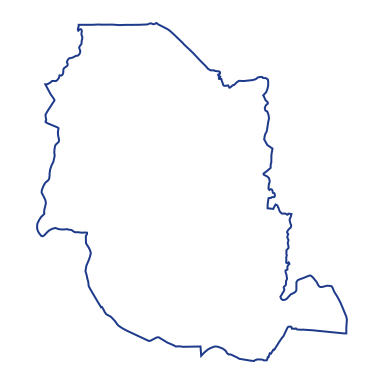 the district of Chau Thanh, Tây Ninh, Vietnam
{"feature_id": "81297802B30323481145094", "entity_name": "Chau Thanh", "entity_type": "district", "adm_level": 2, "iso_a3": "VNM", "parent_name": "Vietnam", "parent_adm1": "Tây Ninh", "projection": "robinson", "projection_center": [106.01, 11.316], "detail": "fine", "context": "isolated", "style": "outline", "palette": "blue", "viewbox_px": 384, "rotation_deg": 0, "n_neighbors": 0, "source": "geoboundaries", "source_scale": "gbopen_adm2", "svg_char_len": 5826}
<svg xmlns="http://www.w3.org/2000/svg" viewBox="0 0 384 384"><path d="M346.3,333.4L346.3,327.8L346.9,319.3L346.2,316.4L342.2,306.7L340.3,302.3L337.7,297.3L334.2,291.7L332.7,288.0L331.7,286.4L330.7,286.0L327.2,285.7L322.0,287.0L320.4,287.0L319.2,286.4L318.4,285.4L316.5,281.8L312.6,277.1L310.9,275.7L310.0,275.5L308.9,275.7L304.4,277.6L299.0,279.6L298.1,280.0L297.5,280.5L296.4,282.3L296.4,289.6L296.3,290.3L296.0,291.0L295.1,292.1L293.9,292.9L290.7,294.4L287.0,298.5L286.1,299.2L284.7,299.8L283.1,300.0L282.4,299.8L281.5,299.2L280.5,297.1L280.4,296.7L281.6,294.9L282.6,292.9L283.3,292.1L284.2,290.3L284.3,289.2L283.7,287.6L283.8,286.9L285.3,285.6L285.9,284.7L286.1,280.7L286.9,279.4L287.0,278.5L286.4,274.6L285.6,272.1L285.5,270.8L285.6,270.4L285.9,270.2L287.4,269.6L287.5,269.2L287.3,267.6L287.6,266.1L288.1,265.2L289.4,264.0L289.1,262.9L288.6,262.3L287.7,262.9L286.9,263.1L286.4,262.9L286.1,261.8L286.4,260.4L286.2,257.6L286.8,255.3L286.3,253.8L286.5,252.0L286.4,250.5L286.7,249.9L288.2,248.4L288.5,247.8L288.5,247.0L288.4,245.9L287.8,243.7L287.9,242.2L288.4,240.7L288.4,240.0L288.2,239.2L287.3,237.6L287.3,237.0L287.5,235.9L288.1,234.6L288.2,233.9L287.3,233.0L287.1,232.3L287.3,231.4L288.2,230.0L289.4,228.6L290.7,227.6L291.2,225.8L291.2,225.2L290.4,223.6L290.0,221.7L289.7,220.8L289.6,219.5L290.7,216.9L291.5,214.1L290.3,213.8L288.3,213.7L287.7,214.6L287.2,214.7L285.2,213.5L282.1,213.6L281.6,213.4L279.8,211.5L278.9,209.2L278.5,207.7L277.9,207.1L277.6,205.8L276.9,205.1L275.6,204.5L273.9,207.5L273.3,208.9L267.6,208.3L267.6,204.9L268.5,198.2L269.0,198.0L270.8,198.0L271.7,197.2L274.1,197.1L274.7,196.4L274.9,195.7L274.6,193.7L274.3,193.2L273.0,192.9L272.7,192.3L272.5,190.6L271.7,189.5L271.0,189.2L270.2,189.3L269.4,190.0L268.6,189.0L268.5,188.4L268.9,183.9L269.5,182.5L269.7,180.9L268.9,178.0L267.1,176.4L263.9,174.8L263.5,174.0L263.6,173.5L266.6,171.3L270.7,167.8L270.6,165.5L270.9,163.4L271.2,163.0L271.3,162.4L271.4,154.9L272.5,148.6L267.3,145.0L264.1,139.2L264.4,138.7L264.6,136.4L265.0,135.0L265.6,133.3L266.1,132.7L266.7,131.3L267.0,130.0L268.2,122.0L269.0,118.6L268.6,115.2L267.4,111.8L267.2,111.4L266.2,111.1L265.3,110.3L264.8,108.5L264.9,107.6L265.6,105.8L266.7,104.4L267.6,103.9L267.9,103.1L267.8,102.6L267.6,102.1L265.6,100.3L263.8,96.3L263.2,95.4L265.8,92.6L266.3,91.9L267.3,89.3L267.9,86.9L268.2,85.2L268.2,81.9L267.9,79.6L266.9,78.8L265.7,78.1L263.1,78.0L262.4,77.2L261.9,76.9L258.8,77.2L257.5,77.7L256.2,78.8L255.1,79.4L252.4,80.1L244.2,81.0L241.8,81.0L239.7,80.8L238.6,81.0L236.6,82.5L234.3,84.8L232.9,85.2L230.1,87.5L229.4,87.7L228.1,85.4L225.1,85.9L223.7,85.6L223.1,84.7L222.6,82.8L221.9,81.2L221.4,79.0L221.0,78.9L219.1,79.0L218.9,78.7L219.2,78.0L218.9,77.5L219.0,77.3L220.2,77.1L220.3,76.7L219.9,76.3L218.3,75.5L218.1,74.8L218.5,74.3L219.4,74.1L220.0,73.4L220.0,72.5L219.7,71.8L219.0,71.4L215.1,71.0L214.2,70.4L210.5,70.3L208.0,68.8L205.8,66.2L199.9,60.3L193.2,53.1L184.2,44.6L182.7,42.9L174.4,34.9L170.0,30.9L167.6,29.2L158.4,24.5L156.5,23.0L156.1,23.1L154.9,23.9L153.6,24.2L152.8,24.1L151.3,23.4L150.8,23.4L149.8,23.5L147.5,24.4L146.3,24.5L138.8,24.8L124.6,24.9L119.4,25.1L112.4,24.6L102.4,24.7L98.1,24.5L92.7,24.8L78.7,24.8L78.7,26.2L77.9,28.7L77.9,29.9L78.3,30.7L79.9,29.2L80.7,29.2L81.1,29.4L81.4,29.8L81.7,30.2L81.8,31.1L81.4,34.4L81.5,34.9L82.2,36.4L82.3,37.1L82.2,39.1L81.7,40.7L81.5,43.8L79.9,46.0L79.2,47.2L79.2,48.0L80.3,51.1L80.0,52.9L79.6,53.7L79.0,54.6L77.9,55.6L75.8,55.9L73.0,57.4L71.9,57.8L69.3,58.3L68.5,58.9L67.6,60.2L66.9,62.0L67.0,62.5L67.7,64.0L67.6,65.1L67.3,65.7L66.7,66.3L64.6,67.7L63.8,68.5L63.5,69.0L63.4,69.6L63.2,72.8L62.7,74.3L62.2,75.0L61.4,75.5L60.6,75.5L59.6,75.3L58.7,78.3L56.9,80.5L55.9,81.0L55.2,81.1L53.6,80.9L52.1,81.0L50.1,82.7L48.0,83.9L46.7,84.3L45.3,84.3L50.6,94.2L53.6,98.5L54.5,100.1L54.5,100.4L48.1,110.2L45.6,114.4L45.5,115.7L46.2,119.8L46.1,120.5L45.6,121.2L45.5,121.9L46.4,122.6L48.3,123.6L57.0,127.2L58.3,127.9L58.5,128.1L58.5,128.8L58.0,131.1L57.9,133.1L58.2,136.0L58.8,138.4L59.0,140.7L58.6,142.0L55.9,144.5L55.0,146.1L54.4,150.0L54.3,153.2L54.7,155.1L54.5,156.7L53.4,161.7L51.5,165.5L50.1,169.7L49.6,173.4L49.6,175.6L49.2,178.6L48.7,179.6L47.9,180.6L45.3,182.7L43.5,185.9L41.9,189.8L41.6,192.3L42.0,193.5L43.2,195.6L45.2,199.7L45.6,201.2L45.9,203.2L45.5,205.0L44.3,209.9L44.1,212.1L44.3,213.9L41.0,217.1L39.2,219.9L37.4,223.6L37.2,224.8L37.1,228.3L37.3,229.3L38.2,231.7L39.5,233.7L41.1,235.7L41.9,236.2L42.8,236.2L44.3,235.3L47.2,232.2L49.2,230.4L52.2,228.8L55.3,228.0L55.6,228.0L58.2,229.0L60.7,229.4L63.3,229.5L67.1,229.2L69.0,229.7L70.9,229.9L71.8,230.2L73.3,231.3L74.2,231.9L75.9,232.3L78.0,232.2L81.7,232.7L85.6,232.5L87.0,232.7L87.0,234.0L85.8,236.2L86.0,243.2L89.3,248.6L90.3,251.1L90.7,252.5L90.8,253.3L89.9,256.9L88.9,259.8L86.3,265.9L85.5,271.0L85.6,271.7L86.6,275.0L87.4,278.8L88.2,281.5L88.7,286.1L89.0,286.7L91.8,291.8L101.0,307.2L101.9,306.9L103.6,309.7L104.6,311.9L106.2,314.1L107.0,314.7L110.2,316.3L111.6,317.5L114.9,321.0L117.1,324.1L118.4,325.6L121.9,328.0L126.7,330.6L148.9,341.0L150.7,340.6L156.6,337.5L157.7,337.3L158.7,337.3L167.4,342.6L173.7,345.3L175.8,346.5L179.2,346.3L183.3,346.8L200.5,346.5L201.2,355.8L204.3,352.5L207.9,349.5L210.0,348.3L213.9,346.7L215.3,346.5L217.8,346.7L222.8,348.6L224.3,349.7L225.8,351.0L227.2,353.3L228.8,354.5L230.3,354.4L231.5,354.8L237.2,357.5L239.3,358.8L250.9,360.7L254.1,361.0L255.3,360.0L256.2,359.9L256.9,359.5L257.6,359.4L261.6,359.5L262.9,359.8L263.6,360.3L264.0,360.4L266.7,360.3L267.1,359.7L267.8,357.1L268.5,357.2L269.8,353.3L270.9,353.7L273.3,349.7L273.5,349.6L273.9,350.0L274.4,349.6L278.8,342.5L282.1,337.6L283.4,336.3L287.4,327.8L288.1,326.9L288.6,326.7L290.9,326.7L291.4,326.9L291.9,328.7L292.9,328.6L294.6,328.9L295.2,328.5L295.9,328.4L296.6,329.2L297.4,329.5L301.9,329.8L302.4,329.6L312.9,330.3L343.7,333.4L346.3,333.4Z" fill="none" stroke="#1e3a8a" stroke-width="2"/></svg>